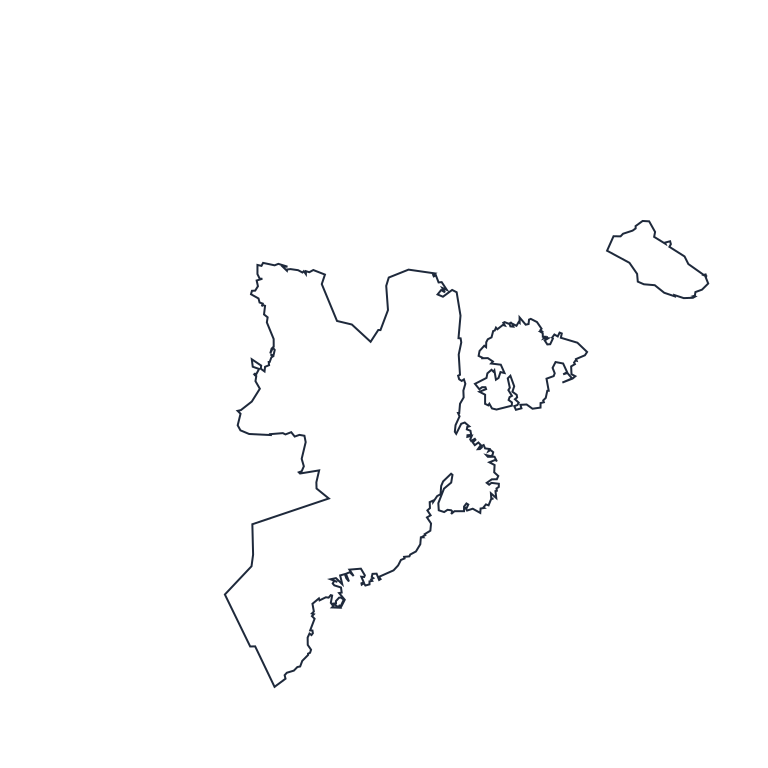 Stavanger nor, Rogaland, Norway (Mercator projection), rotated 42°
{"feature_id": "86288312B95219475773394", "entity_name": "Stavanger nor", "entity_type": "district", "adm_level": 2, "iso_a3": "NOR", "parent_name": "Norway", "parent_adm1": "Rogaland", "projection": "mercator", "projection_center": [5.714, 58.967], "detail": "fine", "context": "isolated", "style": "outline", "palette": "slate", "viewbox_px": 768, "rotation_deg": 42, "n_neighbors": 0, "source": "geoboundaries", "source_scale": "gbopen_adm2", "svg_char_len": 6149}
<svg xmlns="http://www.w3.org/2000/svg" viewBox="0 0 768 768"><g transform="rotate(42 384 384)"><path d="M505.3,682.3L508.0,668.9L505.0,666.9L505.0,663.6L508.8,657.3L509.0,652.3L510.7,650.0L508.5,644.4L508.9,636.1L508.0,635.2L508.9,633.2L507.6,630.3L501.9,628.9L496.9,623.5L495.6,619.3L498.1,619.1L497.9,616.8L495.8,615.1L494.0,616.5L489.5,604.9L485.8,604.7L485.9,602.0L484.0,602.8L484.1,600.0L477.9,595.2L479.1,586.9L480.9,587.9L483.5,581.4L485.8,579.8L485.7,576.5L487.0,575.9L490.9,582.2L495.0,583.0L494.9,584.8L500.3,580.3L493.2,581.2L495.1,579.1L493.5,577.5L493.6,572.8L495.0,571.5L498.4,571.2L500.5,578.2L498.2,578.7L501.3,578.5L499.2,570.6L490.5,569.4L492.1,567.3L488.2,564.0L481.8,566.9L479.4,566.6L478.7,563.5L481.8,562.3L474.9,564.9L478.2,560.4L486.9,560.7L479.5,555.6L482.1,551.5L486.1,553.6L490.1,554.2L482.7,550.5L484.5,546.8L489.9,547.0L482.5,545.1L490.4,536.7L497.8,539.0L498.4,540.7L496.1,542.4L501.6,544.9L500.6,547.2L501.7,548.0L502.4,545.5L505.0,546.2L507.3,542.6L505.3,540.4L507.0,538.2L505.2,537.8L506.0,535.4L504.0,535.6L502.5,532.8L505.4,529.9L511.5,532.9L512.0,531.3L509.3,530.7L515.8,516.1L515.9,509.4L514.3,503.4L516.0,499.9L514.6,499.0L518.2,495.1L517.6,493.2L519.8,487.1L518.2,478.8L514.0,473.3L515.6,471.8L514.7,471.8L515.8,468.7L514.7,468.4L516.6,462.0L512.3,456.2L505.2,454.4L506.5,450.4L500.8,448.9L501.2,445.5L497.0,441.2L498.5,437.8L499.5,438.8L498.5,431.7L499.8,428.1L494.7,421.5L493.1,416.8L493.9,405.8L495.7,405.7L499.9,412.3L498.6,421.6L504.1,436.2L509.2,441.2L514.4,438.9L515.4,435.0L518.4,432.9L520.2,433.0L520.9,435.6L521.5,431.4L528.6,425.0L525.5,421.5L525.2,417.6L527.3,417.2L528.4,420.8L527.3,421.5L530.4,422.5L533.4,417.3L541.8,415.4L539.1,411.9L541.5,409.0L540.5,409.1L540.3,405.3L542.9,404.2L540.6,397.8L542.0,395.9L540.3,397.3L536.6,393.7L543.7,393.6L538.5,389.0L539.3,387.8L537.5,386.4L538.2,383.7L536.1,381.3L530.0,385.6L529.5,388.5L526.5,388.7L527.9,382.7L531.6,379.3L530.5,375.9L525.0,375.9L520.4,370.2L514.7,371.7L517.6,365.7L519.7,366.0L514.8,364.1L509.9,368.6L507.6,368.4L511.6,366.2L512.2,364.2L510.8,361.6L507.3,361.8L506.6,364.1L505.9,361.7L502.2,364.2L498.9,362.7L498.1,364.7L499.1,365.6L498.8,368.2L497.4,369.6L496.8,364.6L493.3,364.3L492.4,368.7L489.0,368.0L489.3,364.3L488.2,364.0L486.9,368.0L485.2,367.5L483.9,363.7L481.3,367.5L480.3,366.2L482.9,363.5L479.5,360.9L475.9,362.3L474.6,360.2L475.7,358.4L469.8,358.6L468.0,361.9L471.0,372.7L468.6,372.1L464.7,366.7L461.8,357.5L458.4,356.0L459.3,355.2L453.7,347.8L452.2,340.7L447.4,335.8L444.3,329.4L440.3,327.1L439.7,329.7L436.7,330.2L433.5,328.2L434.3,326.3L419.8,312.1L413.6,301.4L410.4,298.8L408.7,300.1L395.1,282.0L376.6,267.2L371.7,268.5L369.4,279.7L363.9,281.6L363.6,275.9L367.9,275.1L363.1,273.6L367.7,272.0L358.7,269.7L356.6,272.0L349.8,268.5L349.0,270.7L347.4,270.0L347.9,267.7L325.7,282.6L316.3,301.7L320.0,309.6L337.5,326.4L345.3,346.3L343.6,347.7L345.8,361.6L320.3,361.3L306.9,368.6L270.9,351.4L266.9,342.2L255.2,346.6L253.7,350.9L250.5,352.4L252.4,354.6L248.9,353.8L248.8,355.7L244.0,356.9L237.6,361.2L235.4,363.7L236.1,364.8L230.3,364.6L233.7,361.4L225.1,365.4L223.3,369.0L213.1,374.9L213.9,378.2L210.3,380.2L216.4,387.0L221.1,388.9L223.2,387.2L220.1,392.3L224.9,395.7L225.8,400.8L223.5,403.1L225.1,406.3L233.5,404.4L237.0,406.7L240.1,405.4L241.2,408.1L241.0,406.4L243.3,405.5L248.3,412.6L252.9,412.3L255.7,416.6L271.9,424.4L277.1,430.1L276.8,432.9L279.0,437.4L277.2,431.4L280.0,431.8L282.8,436.8L279.9,437.9L283.0,437.8L282.5,439.6L284.3,444.1L283.6,444.8L286.0,446.9L284.1,450.8L286.8,454.6L282.2,455.1L280.4,452.5L269.2,454.1L274.9,459.0L281.1,456.4L282.5,462.1L281.2,462.7L281.1,463.5L283.1,463.2L281.4,464.0L283.8,463.6L286.6,467.9L294.9,470.6L297.5,485.5L295.1,499.2L293.2,501.9L297.3,502.1L302.9,512.6L308.3,514.5L317.2,511.4L333.9,497.8L333.0,497.4L341.7,488.2L344.5,487.4L347.3,481.9L352.8,482.8L355.2,478.4L359.5,475.7L364.7,479.6L372.9,494.7L379.5,498.8L381.2,503.9L379.8,506.6L381.5,506.7L393.6,491.6L399.5,502.3L403.8,506.8L419.6,506.0L380.0,576.3L400.9,598.4L407.5,608.1L406.6,646.9L460.2,668.6L463.8,665.2L505.3,682.3ZM513.5,224.3L500.1,223.9L484.5,231.3L482.3,227.5L480.1,228.3L481.3,232.4L477.5,233.2L477.9,237.1L479.1,237.2L480.9,243.2L478.9,245.3L474.3,244.1L475.4,240.2L473.8,241.5L474.4,239.3L472.2,243.3L472.0,241.2L470.4,242.6L467.9,240.0L465.1,240.5L466.0,239.2L464.2,239.3L464.1,237.5L456.2,235.6L449.5,237.4L448.7,239.1L451.3,242.7L449.6,245.1L440.2,243.8L443.9,247.8L442.6,247.8L443.5,252.1L438.7,253.4L441.8,254.8L439.4,256.6L436.7,255.2L438.0,252.7L436.1,255.9L432.2,257.3L431.7,258.7L434.7,259.7L432.8,260.6L431.6,267.5L429.5,267.2L430.5,270.1L429.7,271.6L432.7,277.4L431.2,281.3L432.0,284.5L435.2,288.3L432.9,288.5L432.9,295.5L435.5,299.8L440.3,298.4L439.0,299.9L443.8,295.3L449.9,294.4L449.9,297.1L457.9,291.5L466.2,295.2L462.6,297.2L465.1,302.9L464.3,305.9L456.9,300.0L457.1,301.6L454.4,301.5L453.7,306.9L456.1,310.9L451.5,323.0L458.4,324.1L459.0,320.8L461.5,318.5L463.3,319.5L460.1,325.9L466.3,324.3L472.4,331.1L475.8,330.1L475.5,328.2L480.6,329.9L484.7,327.7L493.5,314.6L491.4,312.1L487.3,312.5L486.1,309.7L487.0,307.2L480.5,305.3L480.0,302.6L472.2,297.0L472.4,293.3L482.3,298.6L484.6,303.8L489.9,303.3L491.9,304.9L491.5,307.7L496.6,307.7L497.2,310.4L495.6,313.3L499.3,314.9L502.4,310.1L499.3,308.2L503.7,303.8L510.9,303.0L516.1,296.8L513.1,293.4L515.0,290.6L513.3,289.7L513.5,286.1L509.9,279.8L510.9,278.8L501.2,271.3L504.8,264.6L503.7,261.8L498.5,259.2L496.8,252.9L503.4,248.9L512.2,252.7L510.7,256.9L512.9,253.1L520.0,254.0L515.6,263.6L520.5,253.8L521.0,250.2L516.8,251.3L511.3,245.7L512.6,241.5L510.9,240.9L510.6,238.3L511.6,237.8L510.0,237.0L514.1,228.2L513.5,224.3ZM460.6,135.7L485.3,129.7L498.4,132.8L504.1,138.1L510.4,136.0L519.1,129.4L531.2,128.7L541.4,124.3L540.3,123.6L549.3,119.6L555.9,113.2L556.7,110.8L555.2,111.5L555.9,110.3L553.9,107.3L557.2,101.1L557.7,92.4L550.8,89.0L552.1,87.9L549.0,89.1L550.2,86.6L548.6,89.0L529.9,91.2L522.0,88.1L504.3,91.1L503.6,88.1L501.1,86.5L498.2,90.9L499.4,91.5L486.3,93.9L483.7,89.6L472.2,85.7L467.1,89.8L465.3,98.3L466.9,100.0L466.1,103.7L461.1,112.4L461.0,116.0L455.7,120.6L460.6,135.7Z" fill="none" stroke="#1e293b" stroke-width="2"/></g></svg>